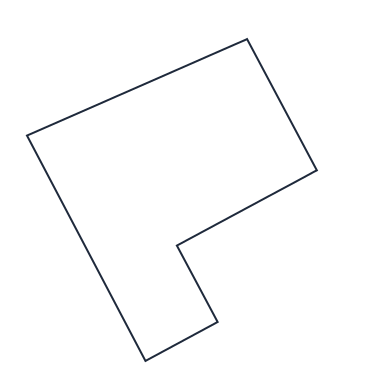 Gastre, Chubut, Argentina (Natural Earth projection), rotated 62°
{"feature_id": "61730980B58028591073526", "entity_name": "Gastre", "entity_type": "district", "adm_level": 2, "iso_a3": "ARG", "parent_name": "Argentina", "parent_adm1": "Chubut", "projection": "natural_earth1", "projection_center": [-68.969, -42.669], "detail": "fine", "context": "isolated", "style": "outline", "palette": "slate", "viewbox_px": 384, "rotation_deg": 62, "n_neighbors": 0, "source": "geoboundaries", "source_scale": "gbopen_adm2", "svg_char_len": 405}
<svg xmlns="http://www.w3.org/2000/svg" viewBox="0 0 384 384"><g transform="rotate(62 192 192)"><path d="M319.3,312.4L318.8,230.4L232.2,230.5L231.7,126.2L231.6,93.7L231.4,72.6L231.5,72.6L231.5,71.6L96.0,71.6L93.5,71.6L88.3,71.6L87.0,71.6L82.8,71.6L82.8,72.8L81.8,85.3L79.8,111.6L76.9,150.2L72.0,215.0L71.4,223.1L71.3,224.4L64.7,311.2L319.3,312.4Z" fill="none" stroke="#1e293b" stroke-width="2"/></g></svg>